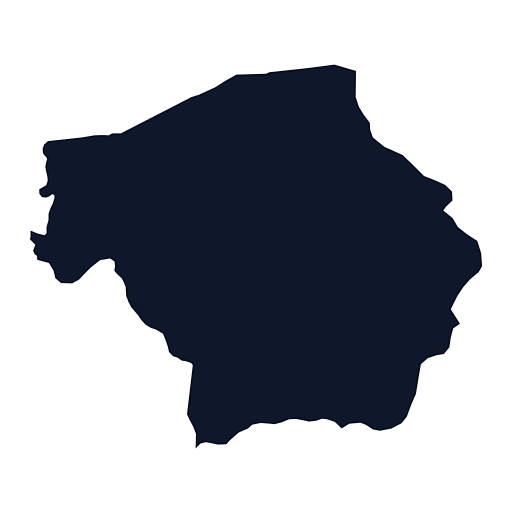 outline of Sibu, Sarawak, Malaysia
{"feature_id": "92858781B78222049981806", "entity_name": "Sibu", "entity_type": "district", "adm_level": 2, "iso_a3": "MYS", "parent_name": "Malaysia", "parent_adm1": "Sarawak", "projection": "orthographic", "projection_center": [111.821, 2.297], "detail": "fine", "context": "isolated", "style": "filled", "palette": "ink", "viewbox_px": 512, "rotation_deg": 0, "n_neighbors": 0, "source": "geoboundaries", "source_scale": "gbopen_adm2", "svg_char_len": 2170}
<svg xmlns="http://www.w3.org/2000/svg" viewBox="0 0 512 512"><path d="M341.7,427.5L349.0,423.0L360.7,421.9L366.5,424.3L373.2,428.7L379.9,430.0L391.2,427.8L401.1,422.6L406.1,416.4L410.6,404.2L415.2,393.7L417.9,377.1L420.2,363.8L427.5,357.4L436.5,354.4L443.5,353.3L448.7,346.9L449.9,337.9L452.5,328.0L458.9,323.5L449.9,309.3L456.7,295.6L462.7,286.5L469.5,278.8L478.1,271.5L481.3,266.1L480.4,253.4L476.7,241.5L466.3,234.7L457.2,227.5L452.2,218.8L442.2,210.6L445.4,206.1L451.7,200.2L451.3,192.0L444.9,185.7L434.9,181.1L423.5,176.6L411.7,164.8L402.2,155.7L384.0,147.5L372.2,137.9L369.5,130.2L369.0,123.0L363.1,115.2L358.1,107.0L354.9,97.1L355.2,73.0L355.3,71.5L353.8,71.1L334.4,65.4L309.1,68.7L269.5,73.0L266.3,74.5L236.5,75.4L225.2,81.8L215.7,87.9L199.1,95.5L191.7,97.8L120.9,134.2L116.8,134.1L112.2,134.2L109.2,136.1L104.7,135.9L99.9,135.9L94.5,136.1L82.0,138.2L53.5,141.3L48.2,141.9L44.8,145.0L43.5,148.2L43.5,151.2L44.1,153.8L46.8,156.6L48.0,158.8L47.0,162.2L46.1,166.8L47.0,171.7L48.1,176.3L48.5,180.8L46.8,185.8L40.0,189.7L40.1,193.6L42.4,196.4L45.9,196.8L48.7,195.8L52.2,193.2L55.2,194.7L55.2,198.1L53.7,203.3L51.1,208.7L49.3,213.9L49.3,220.0L47.3,227.1L47.3,233.5L45.0,236.1L37.4,234.3L31.3,231.7L31.3,237.2L30.7,239.0L36.2,244.5L33.9,250.9L35.4,253.8L37.7,255.3L38.0,259.3L49.3,262.2L54.3,270.4L56.0,277.7L61.3,282.3L72.0,282.6L78.4,279.1L84.8,272.4L90.6,266.6L100.2,259.1L103.7,258.8L110.1,257.6L115.1,260.8L115.9,265.7L115.1,270.4L118.0,273.9L122.3,277.7L124.4,281.7L126.4,286.7L126.7,292.2L127.0,296.0L129.0,300.9L129.0,301.5L130.2,303.3L131.6,306.5L138.3,314.3L142.1,319.8L146.2,324.2L151.1,327.1L156.4,328.9L163.6,333.2L166.0,339.0L168.6,346.6L169.7,351.6L173.5,355.6L177.6,356.8L182.3,360.0L185.7,360.3L191.6,362.3L193.6,364.9L187.8,414.1L190.1,419.3L192.4,423.4L193.9,426.3L195.3,429.8L196.8,433.9L196.4,446.6L200.0,442.9L205.8,441.4L210.8,442.3L218.0,443.8L225.9,443.5L229.4,439.7L234.3,435.3L238.4,431.8L247.7,427.8L251.8,424.0L260.5,422.2L268.9,422.8L274.5,423.4L281.2,421.7L289.0,418.5L296.3,418.2L303.6,419.6L309.1,420.8L316.4,419.9L321.9,417.9L327.1,418.5L335.0,421.1L338.2,424.0L341.7,427.5Z" fill="#0f172a" stroke="#020617" stroke-width="1.5"/></svg>